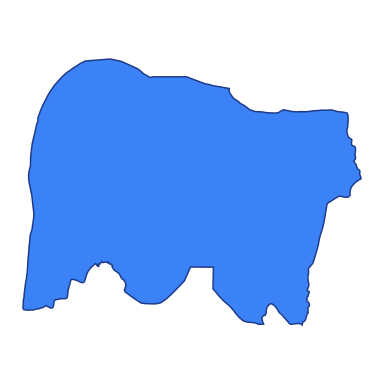 Krouch Chhmar, Kâmpóng Cham, Cambodia
{"feature_id": "14789045B551080395236", "entity_name": "Krouch Chhmar", "entity_type": "district", "adm_level": 2, "iso_a3": "KHM", "parent_name": "Cambodia", "parent_adm1": "Kâmpóng Cham", "projection": "natural_earth1", "projection_center": [105.671, 12.195], "detail": "fine", "context": "isolated", "style": "filled", "palette": "blue", "viewbox_px": 384, "rotation_deg": 0, "n_neighbors": 0, "source": "geoboundaries", "source_scale": "gbopen_adm2", "svg_char_len": 5539}
<svg xmlns="http://www.w3.org/2000/svg" viewBox="0 0 384 384"><path d="M23.8,309.7L27.4,310.1L28.0,310.2L28.8,310.2L29.9,310.0L31.2,310.0L32.9,310.1L33.9,309.8L35.2,309.3L36.4,309.0L37.4,308.9L39.0,308.8L40.7,307.9L42.1,307.8L43.3,307.2L44.8,306.4L45.9,305.6L47.3,306.3L48.3,306.9L50.1,307.8L51.9,308.1L53.0,307.2L53.8,304.4L53.8,302.3L54.4,300.8L55.3,299.9L56.9,299.5L59.1,299.1L61.5,298.6L63.4,298.8L65.0,298.8L66.7,298.2L67.5,296.3L68.1,290.5L68.9,287.1L70.0,283.5L70.7,280.3L71.9,279.2L75.2,279.9L77.1,280.5L78.9,281.5L81.9,282.6L83.5,282.6L84.5,281.3L85.6,278.0L86.6,274.5L88.5,270.6L90.9,267.6L93.3,265.4L94.6,264.3L95.5,263.6L96.0,264.2L97.2,265.7L98.3,266.4L99.0,266.0L98.5,265.2L97.6,264.3L98.5,264.2L99.8,264.1L100.0,263.3L100.9,262.9L101.4,262.3L101.8,261.6L102.5,262.2L103.0,262.6L103.6,262.4L105.1,262.1L105.9,262.1L107.1,262.4L107.6,262.0L107.9,262.8L108.8,262.5L108.8,263.3L109.3,263.8L110.0,264.1L111.1,264.1L111.3,264.8L112.6,265.5L112.1,266.4L112.2,267.1L113.5,269.1L114.9,270.6L117.3,272.2L118.7,273.2L119.8,274.7L120.7,276.9L121.9,278.7L123.8,280.1L124.6,281.3L125.6,283.0L125.9,284.8L125.7,286.5L125.0,288.2L125.0,289.2L124.3,289.9L124.6,291.0L125.3,292.0L132.3,297.2L138.5,301.4L141.1,303.0L145.0,303.6L150.5,303.8L155.3,303.9L160.8,302.8L166.3,298.9L172.3,293.4L177.8,287.8L184.4,280.9L190.5,267.0L202.8,267.1L213.4,267.1L213.0,289.0L215.5,291.7L218.8,295.8L223.2,300.5L225.0,302.1L229.5,305.9L233.5,310.4L236.3,314.1L239.7,317.9L243.5,321.0L247.6,322.2L253.2,322.6L256.2,323.2L256.8,323.6L258.7,324.3L261.7,324.2L263.6,324.2L263.1,323.1L262.5,321.0L261.9,319.1L262.1,317.0L263.5,315.7L265.1,315.3L266.3,312.9L266.3,309.9L266.9,307.6L268.4,305.3L270.4,303.7L272.1,304.0L274.8,305.9L276.6,308.2L277.9,310.2L278.9,312.0L279.9,313.2L281.3,314.2L285.1,318.6L287.5,321.3L289.3,323.5L290.8,324.3L292.2,324.2L295.0,323.8L297.6,323.5L300.4,323.6L302.1,325.0L302.5,323.2L302.8,322.1L304.1,321.5L305.4,319.8L306.0,318.2L306.6,315.7L307.1,314.1L308.3,312.8L307.9,311.8L308.1,310.0L307.9,308.8L307.9,307.5L309.0,306.5L309.5,304.5L309.0,303.2L307.8,301.6L306.6,300.8L307.0,299.1L307.2,297.1L308.2,295.9L308.1,294.6L309.0,293.6L309.1,291.6L307.2,290.7L307.2,289.4L308.0,288.2L308.8,285.8L308.7,283.4L308.2,281.1L307.9,278.2L308.0,275.7L308.6,273.6L308.5,271.1L308.4,269.4L308.7,268.2L310.5,266.1L312.2,264.0L313.2,262.4L314.6,258.0L317.6,247.8L318.5,244.0L319.2,239.5L320.2,235.6L321.3,232.0L322.5,228.4L324.1,221.5L327.1,203.8L328.9,202.4L331.5,200.8L333.6,199.4L337.6,196.9L340.0,196.0L342.6,196.7L346.3,197.4L348.9,196.8L350.1,195.1L350.0,191.6L350.4,189.8L351.3,187.1L353.1,184.9L354.8,183.0L356.7,181.5L359.1,179.8L361.0,178.8L360.8,178.1L360.8,176.9L360.3,175.8L359.9,175.0L359.6,173.7L359.9,172.2L359.9,171.1L359.5,170.2L358.4,169.3L357.7,169.1L357.0,167.8L356.5,166.0L355.9,164.2L354.9,162.8L354.1,161.6L353.7,160.9L354.1,160.4L355.2,159.5L355.6,157.9L355.1,155.5L355.1,153.3L355.4,151.6L355.6,149.7L355.1,146.9L354.3,146.3L352.5,145.8L352.0,145.3L351.5,144.0L351.5,142.4L351.9,140.0L351.4,139.2L350.6,138.7L349.5,138.2L348.6,137.3L348.2,136.3L347.7,135.2L347.4,134.4L347.2,133.5L346.9,131.7L347.0,130.0L347.3,128.4L347.6,127.0L347.9,125.0L347.9,123.5L348.1,121.1L348.1,120.1L348.1,118.7L348.0,116.4L348.0,115.1L347.4,114.3L347.2,113.1L345.8,112.7L344.5,112.4L342.0,112.0L340.2,111.9L338.1,111.7L336.2,111.2L333.7,110.6L332.0,110.0L330.6,109.9L328.9,110.1L326.5,110.2L324.1,110.2L321.6,110.1L319.6,110.4L316.9,110.6L314.4,110.7L311.2,111.1L310.5,111.3L309.2,111.4L307.2,111.7L306.5,111.7L305.9,111.7L304.2,111.7L302.0,111.7L299.2,111.7L296.4,111.9L293.4,111.6L290.7,111.3L288.4,110.7L286.5,110.4L284.3,109.9L283.4,109.7L278.2,112.7L275.1,113.1L271.5,112.9L267.6,112.8L263.1,112.1L258.1,111.6L256.2,111.8L254.1,111.2L250.7,110.1L248.5,108.8L245.0,106.0L240.0,103.2L239.0,102.0L233.2,98.0L229.6,92.7L229.1,90.8L229.3,88.5L212.1,85.5L210.1,84.8L209.6,84.6L204.8,83.7L190.7,78.4L186.5,76.8L153.3,76.8L152.5,76.9L151.7,77.1L151.0,77.3L150.1,77.5L143.8,73.9L138.9,69.6L136.2,68.1L121.4,61.4L110.3,59.0L85.3,61.0L82.2,62.6L80.0,63.7L77.3,65.5L74.4,67.3L73.1,68.1L72.1,68.8L71.2,69.5L70.3,70.3L68.1,71.6L65.9,73.3L62.6,76.3L60.6,78.4L57.7,81.7L54.6,85.1L52.2,88.5L49.7,92.2L47.2,96.6L45.9,99.4L44.1,102.7L42.2,106.6L40.7,110.2L39.3,114.0L38.3,116.6L37.8,118.1L38.1,120.2L37.2,122.9L36.7,124.2L36.3,125.7L36.1,126.7L35.9,127.7L35.7,128.7L35.5,129.7L35.2,131.3L34.8,132.8L34.5,134.4L34.1,135.5L33.7,137.1L33.4,138.6L33.1,139.9L32.8,140.9L32.6,142.0L32.2,143.8L32.0,145.5L31.7,147.6L31.4,150.0L31.3,151.7L31.0,153.9L30.8,155.3L30.7,157.0L30.6,158.0L30.6,159.7L30.6,161.2L30.5,163.6L30.5,165.2L30.4,166.5L29.9,167.7L29.7,168.6L29.3,170.1L29.1,171.3L28.8,173.1L28.6,175.4L28.7,177.0L28.7,179.2L28.9,180.4L29.2,183.0L29.5,184.4L30.1,187.1L30.4,188.8L30.8,190.4L31.0,191.6L31.6,194.5L31.9,196.2L32.2,198.7L32.4,200.7L32.6,202.7L32.9,205.1L33.2,207.9L33.5,209.8L33.7,211.5L33.7,212.9L33.8,214.6L33.8,216.0L33.7,217.4L33.5,218.9L33.2,220.9L33.0,222.9L32.7,224.6L32.4,226.1L32.2,228.4L31.8,230.2L31.2,232.0L30.8,233.2L30.3,234.7L30.2,235.8L30.0,236.8L29.9,238.0L29.8,239.6L29.7,240.8L29.6,242.2L29.4,244.3L29.1,246.0L29.0,247.4L28.9,249.5L28.9,251.0L28.6,253.0L28.5,254.8L28.3,256.7L28.1,258.6L27.9,260.9L27.8,262.4L27.8,263.8L27.6,266.5L27.4,269.3L27.2,271.4L27.2,272.5L26.7,275.5L26.5,277.9L26.2,279.8L25.7,282.3L25.3,285.1L24.9,288.5L24.6,290.5L24.4,292.2L24.3,293.1L24.1,294.7L24.1,297.2L23.6,298.5L23.5,299.4L23.2,302.6L23.4,304.4L23.1,305.5L23.0,307.3L23.1,308.5L23.8,309.7Z" fill="#3b82f6" stroke="#1e3a8a" stroke-width="1.5"/></svg>